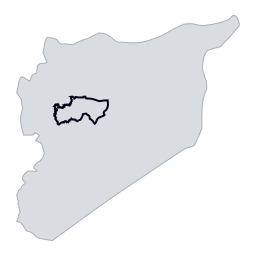 location of As-Salamiyeh, Hamah, Syria
{"feature_id": "27442178B43082534172912", "entity_name": "As-Salamiyeh", "entity_type": "district", "adm_level": 2, "iso_a3": "SYR", "parent_name": "Syria", "parent_adm1": "Hamah", "projection": "equal_earth", "projection_center": [37.215, 35.173], "detail": "fine", "context": "in_parent", "style": "outline", "palette": "ink", "viewbox_px": 256, "rotation_deg": 0, "n_neighbors": 0, "source": "geoboundaries", "source_scale": "gbopen_adm2", "svg_char_len": 5833}
<svg xmlns="http://www.w3.org/2000/svg" viewBox="0 0 256 256"><path d="M21.1,77.0L23.7,77.3L29.1,80.9L30.0,80.8L31.6,76.1L33.2,74.5L36.6,73.1L37.5,65.6L39.1,64.2L41.0,63.4L43.9,63.3L46.4,62.8L46.6,61.5L43.1,52.8L43.4,50.6L45.1,41.9L46.2,38.5L47.2,37.4L51.2,37.8L56.8,39.4L58.2,41.9L61.0,44.1L65.0,43.9L69.8,44.4L73.5,44.5L76.4,42.9L83.0,40.0L86.3,39.0L89.3,37.7L98.9,33.0L102.8,33.3L105.4,34.0L107.4,34.7L112.0,38.0L115.8,41.3L118.4,42.3L123.1,42.2L129.9,42.8L138.3,42.8L143.2,41.9L149.4,40.2L160.5,36.3L175.1,28.2L183.6,24.2L187.3,23.8L192.1,23.7L197.0,24.8L202.5,25.5L205.0,25.4L210.9,24.6L218.6,23.0L223.3,21.6L229.1,19.4L232.7,15.7L233.9,15.4L235.4,16.0L236.1,16.3L237.6,18.4L239.3,23.8L239.3,24.4L239.1,25.9L235.3,30.3L230.3,36.3L226.7,40.1L220.5,46.6L215.9,47.9L208.0,50.2L206.0,52.5L204.1,56.1L203.0,61.1L202.7,64.2L202.6,70.0L204.5,76.0L206.4,81.8L206.7,85.7L206.6,89.5L204.9,93.5L203.2,99.0L202.2,105.3L201.8,117.1L202.0,127.1L201.8,128.8L198.7,135.9L195.0,144.2L193.2,146.1L184.9,148.6L175.8,154.7L165.6,161.5L156.3,167.7L146.6,174.2L136.5,181.0L129.3,185.8L119.6,192.3L110.7,198.5L101.8,204.8L94.9,209.5L84.6,217.1L78.5,221.5L69.5,228.1L61.6,233.8L52.3,240.6L40.6,238.6L36.9,237.4L33.8,234.2L31.6,232.5L26.1,230.7L22.6,224.6L20.4,222.4L16.7,221.5L18.3,217.6L18.6,215.0L20.3,211.9L19.3,209.8L18.8,205.4L18.1,204.4L17.9,203.2L18.4,201.8L18.2,200.4L17.6,199.8L17.3,197.6L16.8,196.0L17.1,194.0L17.9,192.8L18.7,190.3L19.7,189.6L21.3,188.0L21.7,186.4L23.1,184.9L25.0,183.6L25.4,182.6L25.2,182.0L23.3,180.8L22.3,178.8L23.2,175.9L23.8,174.9L24.9,173.5L27.5,171.3L29.4,171.0L31.1,171.0L34.0,171.2L36.3,171.5L36.8,171.0L36.7,170.3L34.0,168.5L33.8,167.1L34.5,165.6L36.5,163.2L38.8,161.4L40.0,161.1L42.7,157.6L44.4,153.6L41.7,144.0L40.0,142.5L37.3,141.2L35.7,141.0L35.6,140.4L37.7,137.9L39.3,135.8L37.6,133.8L34.6,132.9L33.5,134.9L29.6,135.1L23.7,135.1L21.1,125.0L20.7,120.7L20.8,115.6L22.7,108.2L21.8,104.8L21.8,102.5L21.3,99.3L16.7,92.6L19.3,80.1L21.1,77.0Z" fill="#d9dde1" stroke="#a8b0b8" stroke-width="1"/><path d="M91.5,98.8L88.4,98.5L86.1,98.4L85.4,96.7L83.6,96.7L83.6,97.4L79.0,97.5L75.6,97.0L75.4,97.7L74.5,98.4L74.5,98.0L74.3,97.8L74.2,97.7L73.7,97.6L72.9,96.9L72.2,96.6L71.2,96.8L71.4,96.9L71.2,97.5L71.1,97.9L71.0,98.0L71.2,98.9L71.5,99.3L71.7,99.5L71.7,100.3L71.7,101.3L71.2,101.6L71.0,102.3L70.9,102.5L71.0,102.8L70.8,102.9L70.6,103.7L70.3,103.2L69.6,104.4L69.3,104.6L69.3,105.5L69.1,105.5L68.8,105.2L68.8,104.9L68.7,104.7L68.3,104.8L68.0,104.5L67.9,104.5L67.6,104.5L67.3,104.8L67.2,104.8L67.1,105.0L66.9,104.9L66.8,104.7L66.5,104.6L66.4,104.6L66.1,104.8L65.9,104.8L65.6,104.9L65.4,105.0L65.1,104.7L64.9,104.6L64.4,104.9L64.5,105.0L64.4,105.0L64.2,105.1L63.6,105.1L63.8,105.8L63.9,106.2L64.0,106.4L64.0,106.5L64.3,106.8L63.9,107.0L63.6,107.0L63.4,106.9L63.0,106.8L62.9,106.9L62.7,107.0L62.8,107.2L62.8,107.3L62.8,107.7L62.8,107.9L62.7,108.1L62.3,108.0L62.1,108.0L61.5,107.7L61.3,107.7L61.2,107.7L60.7,107.3L60.6,107.2L60.3,107.2L60.1,107.1L60.0,107.4L59.9,107.4L59.3,107.5L59.3,107.3L59.2,107.3L58.4,107.4L58.5,107.3L58.4,107.0L58.5,107.0L58.5,106.9L58.6,106.7L58.8,106.7L58.9,106.4L58.7,105.6L58.4,104.8L58.1,104.9L57.9,104.7L57.8,104.2L57.7,104.2L57.2,104.3L56.3,104.4L56.4,104.6L56.6,104.6L56.6,104.8L56.7,105.0L56.0,105.0L55.0,105.1L55.0,105.4L54.9,105.5L55.0,105.8L54.8,105.8L54.7,105.9L54.8,105.9L54.7,106.0L54.8,106.4L54.9,106.6L54.8,106.9L54.8,107.0L54.9,107.7L55.1,107.7L55.1,107.8L54.9,108.1L54.8,108.3L54.9,108.7L54.9,108.8L55.2,108.8L55.4,108.8L55.4,109.2L55.4,109.3L55.4,109.7L55.4,109.8L55.5,109.9L55.8,109.8L56.0,109.8L56.1,110.0L56.2,109.9L56.3,109.9L56.5,109.9L56.6,110.0L56.7,109.9L56.9,109.9L56.9,110.1L56.9,110.3L55.9,110.3L55.7,110.3L55.4,110.5L55.4,110.8L55.2,110.9L55.0,111.1L55.1,111.3L55.1,111.6L55.1,111.8L55.3,111.9L55.5,111.8L55.5,111.7L55.6,111.8L55.7,111.7L55.9,111.8L55.9,112.0L55.8,112.4L55.7,112.5L55.7,112.8L55.5,113.0L55.6,113.3L55.8,113.8L55.7,114.0L55.4,113.8L54.9,113.7L54.4,113.7L54.3,113.8L54.4,114.0L54.4,114.5L54.6,114.5L54.7,114.8L54.8,114.8L54.9,115.1L54.5,115.2L54.4,115.2L54.4,115.4L54.4,115.5L54.5,115.7L54.5,115.8L54.4,115.9L54.5,116.0L54.8,116.0L55.0,116.3L55.3,116.8L55.5,117.0L55.3,117.1L55.4,117.3L55.5,117.5L55.5,117.8L55.6,118.0L55.4,118.1L55.4,118.3L55.5,118.5L55.6,118.8L55.6,119.0L55.5,119.3L55.8,119.6L56.0,119.8L56.1,120.0L56.6,120.6L56.7,121.0L57.2,121.6L57.4,121.6L57.6,121.6L57.8,122.3L57.6,123.6L58.2,124.0L58.4,124.3L58.5,124.5L59.1,124.4L59.7,123.9L60.6,123.1L61.4,122.6L61.7,122.4L62.1,122.4L62.4,122.5L62.5,122.3L63.1,122.0L63.4,122.0L63.7,122.0L63.8,122.4L64.0,122.5L64.5,121.9L64.6,121.5L64.7,121.4L64.8,121.4L65.0,121.2L65.7,121.4L66.0,121.2L66.2,121.3L66.3,121.4L66.4,121.5L66.5,121.7L66.6,122.2L66.7,122.3L67.4,121.9L67.8,122.0L68.3,122.2L68.4,121.9L68.4,121.6L68.6,121.2L69.1,121.0L69.0,120.9L69.0,120.6L69.0,120.4L69.2,120.2L69.4,120.2L69.8,120.2L70.1,119.6L70.3,119.5L70.7,119.4L70.8,119.3L71.7,119.5L71.8,119.3L71.8,119.2L71.9,119.3L72.0,119.3L72.4,119.5L72.5,119.5L72.8,119.4L73.0,119.4L73.4,119.5L73.7,119.5L74.6,119.5L74.8,119.6L75.3,119.7L75.4,119.8L75.5,119.9L75.6,120.0L75.6,120.4L75.9,120.4L76.3,120.4L77.2,121.2L78.6,120.4L80.5,119.7L82.1,117.0L82.6,115.6L82.9,114.2L84.3,113.9L84.8,113.8L85.5,113.7L86.2,113.6L86.4,113.8L86.6,114.2L87.2,114.7L87.8,115.1L88.2,115.3L88.9,115.6L89.4,116.4L89.5,116.6L89.6,117.4L89.7,118.2L89.9,118.9L90.1,118.9L91.2,119.5L91.9,120.2L92.7,121.0L93.2,121.5L94.3,123.3L94.7,123.7L95.1,123.4L95.8,122.5L96.2,121.8L96.4,121.1L97.3,119.1L98.2,118.1L98.8,117.7L101.3,116.6L101.9,116.4L103.6,115.7L104.0,115.5L104.1,115.4L104.4,115.1L104.6,114.7L104.3,114.3L103.9,113.8L103.7,112.8L104.0,112.0L104.3,111.3L104.7,111.0L105.3,110.6L105.6,110.4L106.3,109.8L107.2,108.1L107.5,107.3L108.0,105.1L107.7,100.4L103.5,100.5L100.4,101.1L98.7,101.0L94.3,99.5L91.5,98.8Z" fill="none" stroke="#020617" stroke-width="2"/></svg>